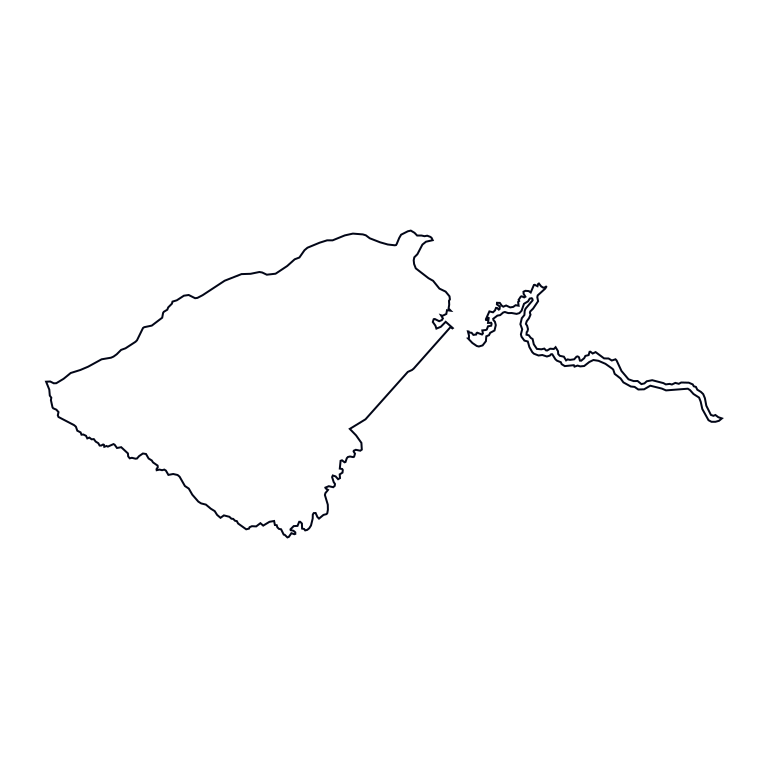 Hatonuevo, La Guajira, Colombia
{"feature_id": "7082276B24784892913162", "entity_name": "Hatonuevo", "entity_type": "district", "adm_level": 2, "iso_a3": "COL", "parent_name": "Colombia", "parent_adm1": "La Guajira", "projection": "robinson", "projection_center": [-72.67, 11.096], "detail": "fine", "context": "isolated", "style": "outline", "palette": "ink", "viewbox_px": 768, "rotation_deg": 0, "n_neighbors": 0, "source": "geoboundaries", "source_scale": "gbopen_adm2", "svg_char_len": 6096}
<svg xmlns="http://www.w3.org/2000/svg" viewBox="0 0 768 768"><path d="M432.7,240.2L431.6,237.9L430.4,236.9L427.2,235.7L424.5,236.2L421.4,235.5L417.1,235.5L414.5,232.8L410.8,230.6L407.8,231.3L401.1,234.7L399.2,238.0L396.7,244.0L396.1,245.0L394.9,245.3L387.8,244.5L380.1,242.3L369.8,238.3L365.8,235.3L362.8,234.4L352.9,233.6L344.8,235.4L332.7,240.3L327.2,240.3L319.6,242.7L307.5,247.7L304.5,250.2L299.4,257.5L294.7,259.3L287.2,266.0L275.6,273.7L266.8,274.7L262.2,272.5L259.4,272.0L250.6,273.8L241.5,274.1L224.7,280.7L202.6,295.2L197.4,297.9L195.1,298.2L188.7,295.0L183.9,295.7L176.8,300.3L172.5,301.6L171.9,303.7L168.2,307.4L167.3,309.7L163.8,311.8L163.1,312.9L162.2,317.7L151.8,325.6L144.2,327.2L143.0,328.0L137.0,340.3L135.5,341.8L125.5,348.3L121.1,349.9L116.7,354.3L113.5,356.6L111.0,357.7L101.6,359.3L88.1,366.7L80.3,370.0L70.7,373.0L63.6,378.8L56.3,383.2L53.8,383.3L50.2,381.5L46.1,381.7L49.3,389.6L49.8,395.6L51.3,397.7L50.9,400.1L52.5,407.3L53.2,408.3L56.4,409.7L58.5,412.1L57.8,415.3L58.5,417.0L74.2,425.2L75.9,426.7L77.3,430.7L80.6,432.4L81.5,434.7L83.3,434.5L86.0,435.8L87.3,438.4L89.4,437.6L91.6,439.3L93.8,439.1L95.7,441.6L98.3,443.2L99.6,445.5L101.3,445.5L103.1,444.5L103.9,444.8L104.3,446.8L106.5,446.0L107.9,446.6L113.5,444.1L114.6,444.7L117.0,448.0L121.2,447.2L127.9,453.4L128.2,456.4L129.7,458.3L131.9,457.8L135.5,458.7L137.0,458.5L139.1,456.1L142.9,453.5L146.0,454.0L148.6,458.5L151.8,460.5L153.0,462.4L157.6,465.6L157.8,467.2L156.5,469.2L156.7,470.2L159.5,469.6L162.1,470.2L164.3,469.6L165.9,470.6L168.4,474.9L173.2,474.0L177.6,475.0L179.6,476.7L184.9,486.0L188.8,488.6L192.3,494.7L198.3,501.6L201.1,503.4L205.9,504.6L210.8,508.7L214.7,511.1L217.1,514.9L220.5,517.8L223.9,515.4L229.4,516.8L231.4,518.7L233.2,518.9L235.1,520.8L236.8,521.1L238.1,523.5L246.2,529.3L249.0,528.6L249.6,527.2L251.9,526.2L256.2,526.4L260.4,523.2L263.2,525.6L269.5,521.8L274.1,521.0L274.9,525.0L276.7,525.2L277.4,527.4L279.0,528.9L281.1,529.3L283.7,534.6L284.7,534.8L287.4,537.4L288.8,536.9L291.4,533.2L294.3,534.2L295.3,533.9L295.3,532.4L294.5,531.6L293.3,530.7L290.7,530.2L290.5,529.3L293.7,526.1L297.5,525.9L299.2,521.8L300.2,521.8L301.9,523.5L302.1,528.6L304.1,529.0L305.2,530.4L307.2,529.9L309.2,528.3L311.0,525.5L312.7,518.5L312.8,514.6L313.7,513.1L315.6,513.0L317.4,517.0L319.0,518.6L323.5,514.9L326.5,514.1L327.3,513.1L327.9,509.7L327.8,504.7L324.9,495.0L325.4,493.1L328.0,489.9L325.7,488.4L325.4,487.6L328.8,486.2L333.2,487.2L334.7,485.9L335.0,484.0L333.7,482.1L332.1,477.1L332.8,475.5L335.6,476.4L338.1,479.2L340.0,478.1L339.7,474.4L342.5,472.6L342.8,470.0L342.2,469.0L339.8,468.6L340.6,460.8L342.0,460.3L344.6,462.3L345.5,462.0L346.8,458.2L347.9,457.0L350.0,456.5L353.1,457.1L354.1,456.7L355.0,453.7L353.6,451.5L353.8,450.7L355.8,449.8L360.3,450.7L361.8,449.6L361.4,442.9L356.1,435.4L349.8,428.9L365.5,419.3L407.8,371.9L412.0,370.0L413.7,368.6L450.5,327.1L452.4,328.4L452.8,328.1L445.7,321.8L440.8,326.8L436.4,328.6L435.4,325.6L432.8,322.0L433.7,319.2L434.8,319.0L439.2,321.2L441.8,320.1L442.9,318.4L441.0,315.3L442.5,315.8L446.3,314.0L447.0,310.2L450.7,310.7L448.6,308.5L449.2,304.7L449.0,300.8L449.9,299.3L449.5,296.3L445.6,291.6L439.4,288.6L433.1,280.8L428.5,278.2L415.8,268.4L414.1,264.0L413.7,260.3L414.3,257.3L417.4,254.2L422.4,244.6L426.0,241.7L432.7,240.2ZM468.0,338.4L472.4,343.0L476.8,346.0L478.9,346.5L482.6,345.4L485.9,341.2L486.3,336.3L489.0,335.2L490.2,332.8L494.5,330.5L495.8,325.1L494.9,321.7L493.5,320.2L493.2,318.8L497.4,315.6L500.2,315.1L503.2,312.5L504.9,312.0L508.3,313.1L511.7,313.0L516.6,313.9L519.4,313.1L521.6,310.7L524.0,303.8L528.1,301.3L529.7,298.6L531.7,298.2L532.5,299.2L532.6,300.4L525.6,308.6L524.7,310.8L524.4,315.0L521.8,318.2L520.4,324.2L522.2,329.3L520.9,334.3L521.5,336.7L524.4,340.6L527.8,341.5L529.4,347.1L532.3,352.2L533.9,353.7L538.5,355.5L542.3,355.0L546.9,356.5L549.8,355.6L551.2,354.2L552.3,354.3L555.4,359.3L557.0,360.7L560.8,362.2L561.7,364.2L564.8,366.1L573.8,365.2L574.5,366.6L577.6,365.6L580.2,366.4L584.2,366.0L589.3,362.0L593.4,360.0L598.5,360.8L605.4,363.8L611.8,368.3L613.2,369.5L614.7,373.9L620.6,378.5L623.4,382.4L630.8,386.5L634.6,386.9L638.3,389.5L644.1,389.3L650.3,385.7L661.9,388.6L666.0,390.4L687.8,388.7L690.0,390.1L693.5,394.0L699.1,397.6L700.7,401.7L702.3,409.0L708.5,420.2L711.5,421.8L715.4,421.8L719.0,420.8L721.9,418.4L718.3,417.2L715.4,415.0L713.4,415.8L710.9,414.9L706.3,405.7L704.9,398.2L703.2,394.1L700.9,391.9L697.3,389.7L695.9,386.9L693.8,386.3L692.7,384.4L688.8,382.7L681.2,382.5L678.8,383.8L675.3,382.9L671.9,384.5L669.6,383.9L665.8,384.4L663.4,383.1L652.2,380.2L646.7,381.3L644.4,383.4L641.4,384.1L637.6,381.0L633.7,381.1L628.5,379.3L621.5,371.0L616.6,360.5L615.5,359.3L611.8,360.5L608.6,358.5L604.1,358.4L595.6,352.1L592.7,353.5L590.4,351.7L589.6,351.8L588.6,355.1L585.4,355.9L584.2,358.2L581.2,360.7L579.9,360.6L579.0,357.3L577.7,356.4L576.5,356.7L574.2,359.3L570.0,359.9L567.7,359.4L566.1,360.4L563.9,356.7L559.8,355.8L558.2,354.0L558.0,351.2L555.6,347.2L553.8,349.0L550.2,348.7L547.2,350.5L546.1,350.4L544.3,348.6L541.4,349.3L536.9,348.9L533.8,344.3L532.6,339.0L530.8,337.9L528.8,335.3L526.5,334.7L526.7,332.2L527.4,331.4L528.0,329.1L527.1,325.7L525.9,323.9L526.7,321.3L529.0,318.2L530.5,314.7L529.9,312.8L530.2,311.5L533.1,308.6L538.1,301.2L537.3,297.2L537.7,295.4L545.2,288.6L546.7,286.2L544.6,287.5L543.1,287.6L541.1,286.3L538.9,283.5L538.2,283.9L537.5,286.2L534.7,284.8L533.9,285.0L530.7,292.5L528.8,291.1L525.4,290.8L523.5,291.7L523.6,293.8L525.4,296.7L524.2,297.4L521.7,296.3L520.8,296.6L518.6,299.9L519.2,301.0L518.1,302.0L518.6,305.7L515.6,305.2L513.2,306.9L510.2,307.4L506.1,305.5L503.3,306.7L501.8,305.7L499.8,302.9L497.0,302.8L496.9,304.4L499.8,306.5L499.6,309.0L498.8,309.6L497.1,308.0L496.0,307.9L495.0,310.4L493.0,312.3L489.4,311.4L485.9,319.2L486.0,319.9L486.7,320.0L488.2,317.8L488.7,318.0L488.0,322.9L491.2,322.8L491.6,323.9L491.2,325.7L488.0,326.3L486.8,329.5L485.8,330.0L482.3,330.4L482.9,333.5L482.0,334.5L477.2,332.7L476.5,333.2L476.2,334.5L473.4,334.9L471.6,332.8L469.1,332.5L468.7,331.5L467.9,331.4L469.0,335.6L468.9,338.2L468.0,338.4Z" fill="none" stroke="#020617" stroke-width="2"/></svg>